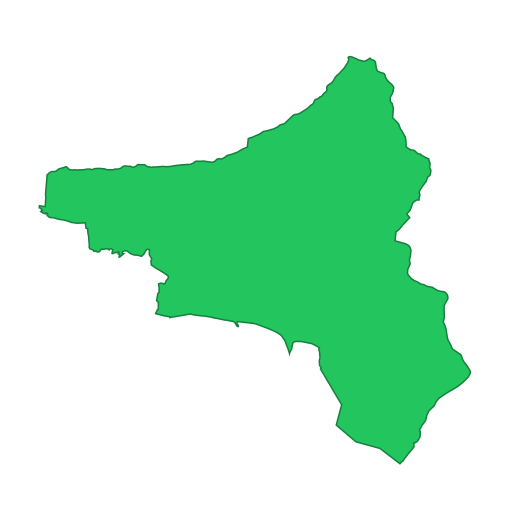 Valea Teilor, Tulcea, Romania, rotated 92°
{"feature_id": "2599482B35189846283613", "entity_name": "Valea Teilor", "entity_type": "district", "adm_level": 2, "iso_a3": "ROU", "parent_name": "Romania", "parent_adm1": "Tulcea", "projection": "albers", "projection_center": [28.478, 45.113], "detail": "fine", "context": "isolated", "style": "filled", "palette": "green", "viewbox_px": 512, "rotation_deg": 92, "n_neighbors": 0, "source": "geoboundaries", "source_scale": "gbopen_adm2", "svg_char_len": 6005}
<svg xmlns="http://www.w3.org/2000/svg" viewBox="0 0 512 512"><g transform="rotate(92 256 256)"><path d="M79.7,126.4L77.2,129.6L75.0,131.5L72.7,132.9L70.4,133.5L69.5,134.1L68.9,135.1L68.3,137.5L67.3,140.4L66.4,141.4L64.1,142.3L58.0,143.4L56.6,144.5L55.5,147.7L54.3,149.0L56.5,152.0L57.7,154.6L56.6,159.8L55.9,161.6L55.1,163.1L54.8,164.4L54.0,166.1L53.4,169.1L53.6,169.8L53.9,170.5L54.4,170.9L56.2,170.2L56.9,170.3L59.8,171.2L63.2,173.4L64.3,173.8L70.5,179.0L72.5,181.2L74.7,183.1L78.0,184.7L79.7,186.0L80.9,187.1L81.7,188.6L82.7,189.8L83.9,190.9L85.1,191.2L87.8,191.0L89.9,192.2L90.4,193.2L94.1,196.0L94.7,197.6L96.0,198.8L96.6,199.7L97.6,202.1L98.4,202.9L101.4,204.0L102.3,204.8L103.6,206.7L106.6,209.6L111.6,216.8L112.7,219.1L113.2,221.8L113.9,223.6L122.8,232.3L123.9,235.9L124.4,236.9L126.2,238.8L128.4,242.9L129.3,246.0L130.3,248.8L131.3,253.0L134.3,257.1L135.5,259.9L137.1,263.1L137.9,265.0L138.2,266.3L139.1,267.9L141.1,267.9L146.1,268.4L147.4,268.3L149.7,273.3L152.9,278.2L155.2,284.0L156.0,286.8L156.8,288.8L158.0,290.0L160.1,293.1L160.2,294.3L160.0,296.3L160.5,298.3L162.6,300.2L163.9,302.8L162.9,312.0L163.1,312.9L163.3,315.2L163.3,319.0L164.0,320.5L165.3,321.8L166.9,325.3L166.8,326.8L167.5,333.5L168.2,338.3L169.6,345.4L169.9,349.4L169.7,351.9L170.6,360.1L170.6,362.3L171.0,363.3L170.3,368.3L169.1,369.6L168.6,370.9L168.8,373.9L168.7,376.7L168.9,377.5L170.3,379.0L171.6,381.2L171.3,383.2L170.6,385.3L170.9,386.2L170.6,388.7L170.6,390.6L171.3,392.3L173.1,394.3L174.0,397.4L174.0,399.9L174.9,401.9L174.8,404.6L175.0,407.7L174.2,410.3L173.9,416.0L174.3,420.2L174.6,421.0L175.3,422.2L175.4,422.7L174.9,425.2L175.1,428.2L175.8,431.4L176.3,437.4L176.1,440.3L176.5,442.0L176.5,443.1L176.1,444.6L176.1,445.7L173.4,448.6L173.4,449.0L174.3,451.3L175.6,455.4L176.2,456.5L178.1,458.5L178.4,459.3L178.9,463.6L180.1,465.4L181.5,466.8L182.1,467.6L202.3,468.5L204.3,468.1L213.6,468.4L214.0,468.5L213.3,474.2L215.4,474.3L215.5,473.6L216.9,471.8L217.6,471.9L218.1,471.2L219.1,472.6L219.9,471.3L220.5,470.3L221.2,467.9L220.2,467.6L220.8,465.8L221.8,466.2L223.1,466.1L223.4,464.8L224.5,464.1L224.8,462.5L224.9,459.0L225.8,456.2L226.5,452.1L226.6,450.1L227.6,445.6L229.0,441.2L229.1,439.2L229.5,436.4L229.0,429.3L228.7,427.8L234.3,426.8L234.6,425.2L238.7,424.8L242.2,424.0L252.0,422.9L253.1,423.1L254.5,422.3L255.2,420.8L255.3,419.8L255.5,419.3L257.0,418.1L256.7,417.4L256.9,416.9L256.6,416.2L256.7,415.7L257.4,415.1L257.3,414.7L257.5,413.9L257.4,413.1L256.7,412.1L255.4,411.5L255.2,411.2L254.6,410.9L254.2,410.1L254.7,409.5L254.4,407.5L253.9,406.5L254.1,405.8L254.0,404.7L254.1,404.1L255.1,403.0L254.2,402.3L253.7,401.6L253.7,401.2L254.7,399.4L257.9,400.0L258.5,400.0L258.6,399.8L258.5,398.6L257.5,397.4L257.6,396.8L257.3,396.3L257.5,395.8L257.5,394.8L256.8,394.1L256.6,393.7L256.7,393.3L257.9,393.1L258.8,393.6L259.2,392.5L259.5,392.3L261.8,392.9L261.9,392.3L258.4,388.4L258.4,389.3L258.1,389.6L256.7,389.6L256.1,389.2L255.6,388.2L255.4,386.6L255.4,385.5L255.8,384.6L257.7,382.0L258.4,380.6L259.1,378.5L259.3,376.9L259.3,374.5L260.3,370.4L260.1,370.0L257.7,367.9L255.1,366.7L253.4,365.4L253.1,364.9L253.0,364.4L253.4,362.7L256.2,362.8L258.5,362.6L262.3,360.2L262.9,360.1L264.4,360.8L265.0,360.8L268.6,360.3L270.9,356.8L276.0,347.7L278.8,343.4L279.2,343.1L281.2,342.9L283.7,344.8L286.9,346.1L287.0,346.3L286.4,350.2L287.1,352.3L287.5,352.4L291.4,351.7L294.0,351.7L295.4,351.4L296.6,352.6L297.2,352.8L303.8,353.8L304.4,353.6L305.6,352.0L312.6,351.8L313.2,352.8L313.8,352.8L314.5,353.3L317.1,354.3L319.0,345.8L319.1,344.5L319.8,340.1L320.5,340.0L316.4,320.0L316.4,318.6L316.8,317.5L317.7,309.1L317.9,304.8L318.8,298.0L319.5,295.5L319.5,294.3L321.2,284.3L321.1,282.5L321.7,281.1L321.7,279.7L322.3,276.3L322.7,275.4L323.2,274.9L326.5,272.7L327.0,272.2L327.2,271.4L327.0,271.1L326.6,271.1L323.9,272.6L323.1,272.7L322.5,272.6L322.2,272.3L323.5,255.5L324.4,252.2L327.9,241.7L330.8,234.3L331.8,232.2L334.2,228.4L335.3,227.3L339.8,224.1L348.1,220.6L352.4,219.1L351.3,218.9L347.7,217.1L345.7,216.9L341.2,216.0L340.7,215.5L340.3,214.4L339.9,212.3L340.0,209.9L339.9,207.6L341.6,197.4L342.2,195.9L344.7,190.8L345.6,189.5L346.4,189.9L347.4,189.9L349.8,189.1L355.5,188.5L357.2,188.9L358.8,189.1L363.2,188.6L365.6,186.9L365.9,186.9L366.7,187.6L401.7,165.2L422.2,169.9L438.2,149.7L444.0,125.4L458.6,104.9L456.0,102.6L455.8,102.0L453.7,100.8L448.7,97.2L442.9,92.6L441.0,91.4L440.5,91.7L439.4,91.5L437.5,91.9L437.3,91.5L437.3,91.0L437.2,90.7L435.7,88.3L431.7,86.0L430.1,85.7L426.0,85.7L423.4,86.6L422.3,85.5L419.5,84.2L414.7,80.8L412.1,80.3L412.1,80.1L409.2,79.8L404.5,77.6L399.4,72.6L395.5,71.0L392.8,69.0L391.1,67.3L386.1,60.4L379.4,49.9L375.0,44.7L369.3,39.5L365.9,37.9L365.1,37.7L363.8,37.7L358.1,41.4L355.1,44.1L351.9,46.0L347.8,47.5L347.5,47.8L342.4,56.0L341.9,56.4L340.3,57.4L339.3,57.6L337.7,58.5L333.8,60.9L331.0,61.9L323.0,63.4L318.8,64.8L316.1,66.2L314.9,66.5L310.9,65.6L300.4,66.3L298.6,66.1L291.8,62.7L289.2,63.0L287.3,64.0L285.7,65.7L285.3,66.5L285.1,67.5L284.8,70.5L284.0,73.7L281.1,78.8L280.8,81.2L280.3,84.0L278.8,87.2L278.2,90.3L276.0,94.4L275.1,96.8L273.7,99.1L272.6,100.6L269.8,103.1L268.1,103.9L267.3,104.0L264.0,103.8L258.5,101.7L254.5,102.5L250.5,101.7L244.9,101.3L241.7,102.5L240.1,103.9L238.6,106.9L236.1,117.0L236.0,117.4L235.5,117.6L226.9,116.9L225.6,115.0L224.1,113.6L220.0,110.5L212.2,103.7L209.1,106.6L208.6,106.7L205.0,103.6L197.5,101.2L195.8,99.3L194.3,97.0L194.4,95.0L192.2,95.0L189.3,94.3L186.7,95.2L184.8,94.6L180.7,92.2L175.1,88.3L172.7,87.8L171.1,87.2L169.6,85.3L169.0,84.9L166.3,84.3L164.7,84.3L163.6,84.4L161.4,85.6L157.5,85.2L153.7,86.8L152.9,86.7L151.6,90.2L150.6,91.7L150.2,93.0L148.4,95.5L148.1,97.7L145.5,100.9L144.7,102.4L144.5,102.8L144.8,103.7L144.3,105.5L143.7,106.7L141.7,109.8L137.2,110.0L136.1,110.3L134.1,110.4L131.6,111.1L125.8,114.7L124.1,116.0L119.0,118.1L112.8,124.4L109.8,124.1L103.6,123.9L98.7,125.3L97.1,127.1L93.3,127.4L90.9,126.5L89.4,125.5L87.8,125.2L86.6,124.6L84.7,124.6L83.3,124.2L81.8,124.7L79.7,126.4Z" fill="#22c55e" stroke="#15803d" stroke-width="1.5"/></g></svg>